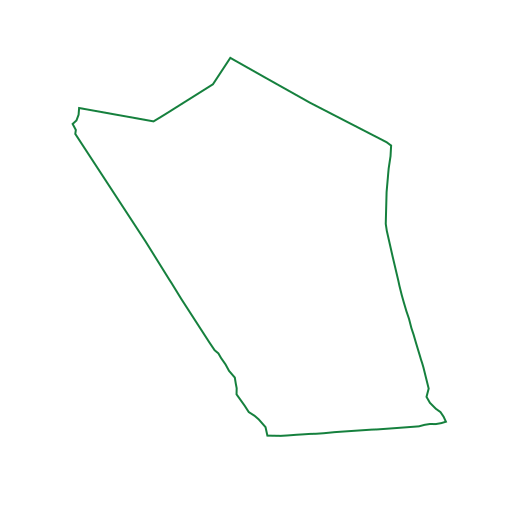 Macaíba, Rio Grande do Norte, Brazil, rotated 79°
{"feature_id": "56859067B85217474168126", "entity_name": "Macaíba", "entity_type": "district", "adm_level": 2, "iso_a3": "BRA", "parent_name": "Brazil", "parent_adm1": "Rio Grande do Norte", "projection": "mercator", "projection_center": [-35.38, -5.941], "detail": "fine", "context": "isolated", "style": "outline", "palette": "green", "viewbox_px": 512, "rotation_deg": 79, "n_neighbors": 0, "source": "geoboundaries", "source_scale": "gbopen_adm2", "svg_char_len": 1162}
<svg xmlns="http://www.w3.org/2000/svg" viewBox="0 0 512 512"><g transform="rotate(79 256 256)"><path d="M77.0,401.4L83.5,403.2L88.7,406.4L91.4,410.8L97.9,408.8L101.7,410.1L220.8,361.6L262.7,345.6L266.4,344.1L284.0,337.5L331.6,318.4L340.6,314.6L344.4,311.5L349.4,309.8L356.6,306.6L363.6,304.4L371.3,300.0L377.5,300.2L382.1,300.2L388.1,301.5L400.8,295.7L407.8,292.9L412.8,287.7L416.9,284.5L425.8,279.3L434.5,279.1L437.3,265.9L438.2,259.1L439.2,250.4L440.1,243.6L440.9,237.2L442.0,230.7L442.9,223.3L443.4,218.0L443.9,212.5L445.0,203.6L448.0,179.6L448.5,175.6L449.4,169.9L451.5,152.4L454.3,128.6L453.9,122.8L454.1,117.2L455.3,111.6L455.4,106.0L454.9,101.2L449.6,102.5L444.4,104.7L440.3,108.6L433.3,113.3L426.8,115.5L419.1,111.8L397.5,112.9L393.1,113.3L389.2,113.8L384.9,114.2L372.2,115.5L363.4,116.3L356.5,117.2L346.8,117.8L338.8,118.9L329.4,119.8L322.1,120.4L312.4,120.9L307.5,121.0L282.3,122.0L256.3,122.8L249.2,122.5L218.1,115.6L209.4,113.1L204.9,111.8L199.6,110.3L195.2,109.0L183.7,104.9L173.4,102.3L169.3,106.0L115.9,173.7L83.0,212.5L59.8,239.7L56.6,243.4L79.2,265.5L99.6,318.2L104.3,330.9L77.0,401.4Z" fill="none" stroke="#15803d" stroke-width="2"/></g></svg>